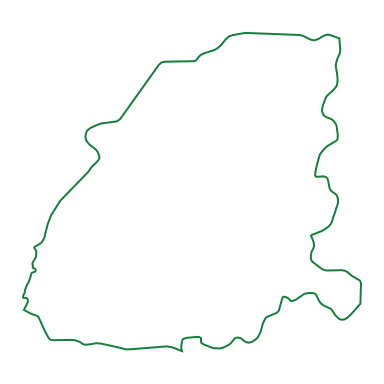 the border of Eastern
{"feature_id": "GHA-2161", "entity_name": "Eastern", "entity_type": "Region", "adm_level": 1, "iso_a3": "GHA", "parent_name": "Ghana", "parent_adm1": "", "projection": "orthographic", "projection_center": [-0.365, 6.459], "detail": "fine", "context": "isolated", "style": "outline", "palette": "green", "viewbox_px": 384, "rotation_deg": 0, "n_neighbors": 0, "source": "natural_earth", "source_scale": "10m", "svg_char_len": 3971}
<svg xmlns="http://www.w3.org/2000/svg" viewBox="0 0 384 384"><path d="M24.3,298.1L23.5,298.0L23.1,297.4L23.0,296.5L23.3,295.5L24.7,292.6L24.9,291.4L25.1,289.8L26.8,285.2L28.6,282.2L29.2,280.8L30.7,276.0L31.0,274.7L31.3,273.5L32.1,272.7L34.7,271.9L35.5,271.2L35.6,269.8L35.1,269.0L34.2,268.3L33.2,268.1L32.7,267.4L32.9,265.3L32.5,264.4L32.4,263.4L32.9,262.2L35.4,258.1L35.9,256.4L36.3,253.7L36.3,252.4L36.2,251.2L35.8,250.1L35.2,249.2L34.6,248.4L34.2,247.7L34.7,246.8L39.5,244.1L41.2,242.8L42.0,241.8L43.0,240.4L44.2,238.0L44.7,236.4L45.3,233.4L47.8,223.9L51.1,215.3L60.3,200.7L88.3,171.8L89.4,170.3L89.9,169.4L91.1,167.6L97.1,161.6L98.5,159.9L99.3,158.5L99.4,157.7L99.3,156.6L98.7,154.3L97.8,152.3L96.6,150.5L95.9,149.7L95.2,149.0L90.1,145.1L88.6,143.6L87.3,141.9L86.2,140.1L85.8,139.0L85.6,137.8L85.5,136.6L85.6,135.3L86.2,132.9L87.1,130.8L88.5,129.4L90.6,127.9L95.9,125.4L100.6,123.6L116.1,121.5L117.2,121.1L118.6,120.2L120.4,118.7L159.1,64.5L161.6,62.4L164.8,61.7L193.6,61.2L195.7,60.6L198.0,58.0L198.7,56.9L200.2,55.4L201.8,54.4L204.2,53.3L214.9,49.8L217.5,48.2L220.1,46.0L221.5,44.6L225.8,39.2L227.3,37.8L228.9,36.5L232.8,35.1L245.1,32.9L299.6,35.0L302.0,35.6L304.1,36.4L308.9,38.8L311.4,39.9L313.2,40.2L314.7,40.2L315.9,39.9L319.0,38.6L322.9,36.2L326.2,34.8L327.7,34.7L329.2,34.8L339.3,38.3L340.3,50.0L339.7,53.8L339.2,54.7L337.5,58.4L336.2,62.8L335.8,65.2L335.8,67.0L336.1,68.1L337.0,73.2L337.6,79.3L337.4,82.7L337.0,85.0L336.4,86.1L334.6,88.7L331.6,91.7L330.8,92.3L326.9,95.9L325.9,97.7L324.8,100.2L322.8,105.9L322.2,108.7L322.0,110.8L322.7,113.1L323.7,115.1L324.4,115.9L325.2,116.6L326.1,117.1L329.4,118.3L331.5,119.2L333.1,120.5L334.5,122.1L335.7,123.9L336.6,126.0L337.8,135.3L337.7,137.7L337.3,139.5L336.7,140.3L335.9,141.0L327.4,146.0L326.6,146.6L323.7,149.6L323.0,150.5L322.3,151.2L321.7,152.1L321.0,152.9L320.3,153.7L319.3,156.2L315.9,169.0L315.3,173.0L315.2,175.7L315.8,176.5L316.9,176.8L323.3,176.4L324.4,176.6L325.4,176.9L326.4,177.5L327.1,178.2L327.7,179.2L328.3,181.5L329.2,186.5L329.5,187.7L329.9,188.7L331.0,190.6L332.5,192.0L335.3,193.8L336.2,194.8L337.2,196.2L338.0,199.3L338.1,201.2L338.0,203.0L331.8,222.0L331.3,223.0L330.1,224.8L329.4,225.6L328.7,226.4L325.3,228.9L321.6,231.1L312.0,234.8L311.0,236.0L312.2,238.3L313.7,242.5L314.1,246.3L313.1,249.0L311.5,251.9L310.8,255.7L311.0,259.4L312.3,261.7L322.5,269.4L326.4,270.5L341.2,270.2L344.9,270.7L347.7,272.3L352.2,276.1L359.8,280.5L360.6,282.0L361.0,283.8L360.4,303.7L351.1,314.3L347.8,317.4L344.9,319.2L343.7,319.6L342.0,319.7L340.7,319.5L339.5,319.1L338.6,318.5L336.4,316.3L335.0,314.8L332.2,310.4L331.5,309.5L330.5,308.6L324.6,306.0L323.7,305.5L321.9,304.2L320.4,302.8L319.2,301.1L316.3,295.1L315.5,294.1L314.1,293.3L311.3,293.0L308.3,293.0L305.8,293.5L304.2,294.0L296.4,299.3L293.9,300.5L292.2,301.0L291.5,301.1L290.7,300.8L289.3,299.1L288.2,298.3L286.8,297.5L284.5,296.7L283.2,296.9L282.4,297.7L278.9,310.4L278.0,311.7L276.4,313.0L267.3,316.7L266.1,317.5L265.3,318.5L262.9,323.5L260.6,331.9L258.5,336.1L258.0,337.0L257.3,337.8L256.2,338.9L254.7,340.2L251.7,342.0L249.7,342.5L248.0,342.6L245.7,341.9L243.9,340.8L243.1,340.1L242.3,339.3L241.2,338.5L239.8,337.9L237.3,337.5L235.9,337.9L234.8,338.4L230.7,343.4L229.4,344.4L227.6,345.5L223.9,347.3L221.8,348.0L220.0,348.4L214.6,348.2L212.4,347.9L208.5,346.4L207.5,345.9L204.2,344.7L202.2,343.5L201.4,342.8L201.0,341.8L201.0,338.1L199.7,337.2L197.2,336.9L187.9,337.7L185.8,338.0L183.9,338.7L183.4,338.9L182.8,339.4L182.5,340.1L182.2,340.7L181.3,345.5L181.3,347.3L181.4,348.5L181.6,349.5L182.0,351.1L172.3,347.3L166.6,346.4L130.1,349.3L125.5,349.3L123.0,348.7L121.9,348.2L100.9,343.6L96.7,343.2L94.3,343.5L91.6,344.1L86.3,344.7L84.3,344.5L82.9,344.1L80.8,342.5L79.1,341.6L75.9,340.5L73.9,340.1L72.4,339.9L53.7,340.2L51.8,340.0L50.4,339.6L49.9,339.2L48.7,338.0L45.6,332.6L38.9,317.9L38.3,316.9L37.3,316.0L31.0,313.7L23.9,309.9L27.8,302.2L27.7,299.3L27.1,298.5L26.3,298.0L25.2,297.9L24.3,298.1Z" fill="none" stroke="#15803d" stroke-width="2"/></svg>